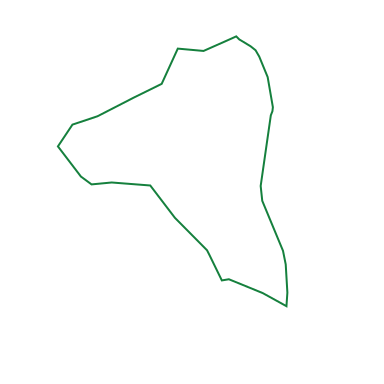 SVG path tracing the border of Tajura' wa an Nawahi al Arba, rotated 70°
{"feature_id": "LBY-2978", "entity_name": "Tajura' wa an Nawahi al Arba", "entity_type": "Municipality", "adm_level": 1, "iso_a3": "LBY", "parent_name": "Libya", "parent_adm1": "", "projection": "mercator", "projection_center": [13.403, 32.626], "detail": "fine", "context": "isolated", "style": "outline", "palette": "green", "viewbox_px": 384, "rotation_deg": 70, "n_neighbors": 0, "source": "natural_earth", "source_scale": "10m", "svg_char_len": 582}
<svg xmlns="http://www.w3.org/2000/svg" viewBox="0 0 384 384"><g transform="rotate(70 192 192)"><path d="M60.9,97.2L64.8,95.4L75.1,87.1L80.5,83.8L87.8,82.5L109.9,81.6L140.0,87.0L143.6,88.8L146.9,91.7L209.8,125.4L224.3,129.0L278.4,126.6L292.1,128.7L319.2,136.8L331.6,142.3L311.2,160.1L286.6,187.2L285.3,194.2L256.8,197.2L251.9,197.8L210.4,216.9L195.3,221.6L171.6,229.0L155.6,264.2L150.5,283.8L139.5,291.1L103.3,302.4L87.8,281.3L88.5,254.9L83.4,214.6L80.0,183.5L52.4,156.3L63.4,132.9L61.3,102.3L61.1,99.8L60.9,97.2L60.9,97.2Z" fill="none" stroke="#15803d" stroke-width="2"/></g></svg>